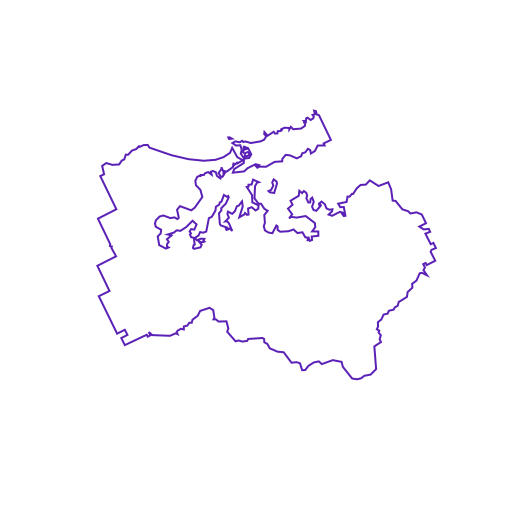 Lake Macquarie, New South Wales, Australia (orthographic projection), rotated 234°
{"feature_id": "25037944B40753124190116", "entity_name": "Lake Macquarie", "entity_type": "district", "adm_level": 2, "iso_a3": "AUS", "parent_name": "Australia", "parent_adm1": "New South Wales", "projection": "orthographic", "projection_center": [151.587, -33.038], "detail": "fine", "context": "isolated", "style": "outline", "palette": "violet", "viewbox_px": 512, "rotation_deg": 234, "n_neighbors": 0, "source": "geoboundaries", "source_scale": "gbopen_adm2", "svg_char_len": 6150}
<svg xmlns="http://www.w3.org/2000/svg" viewBox="0 0 512 512"><g transform="rotate(234 256 256)"><path d="M249.9,370.2L249.0,366.5L250.3,365.0L246.5,361.0L250.0,353.3L246.0,352.8L244.0,355.8L236.0,352.0L236.7,350.5L240.2,350.5L238.8,351.5L239.8,351.8L242.4,349.9L243.8,341.2L246.8,339.1L247.4,343.7L248.9,345.3L250.2,342.7L253.0,341.0L257.4,342.1L261.5,341.0L261.3,337.7L259.7,337.0L260.2,338.3L258.7,338.2L257.1,331.4L259.4,329.6L262.9,330.3L265.9,334.6L270.2,335.8L270.1,333.8L267.5,331.3L268.5,329.8L273.2,330.7L274.7,332.9L277.7,333.8L280.4,332.9L279.8,330.2L283.3,329.4L279.6,326.0L280.4,316.4L276.0,315.7L275.5,309.7L268.5,309.8L267.0,304.9L267.0,307.4L263.1,311.6L259.1,319.7L248.0,323.0L244.5,320.9L242.9,315.9L239.2,320.8L235.7,318.3L239.0,312.5L236.0,310.8L236.6,308.5L238.5,308.9L238.1,306.3L240.1,309.2L242.0,306.9L247.9,307.5L250.2,303.0L255.4,302.0L256.9,296.9L261.4,289.9L264.4,288.8L267.3,290.9L268.7,290.4L264.8,282.7L267.6,279.9L271.4,278.3L275.4,279.7L277.7,282.8L284.3,286.8L285.7,292.0L289.3,290.5L295.2,290.8L297.1,288.7L303.6,288.7L313.1,296.3L314.7,299.9L314.1,301.6L319.5,298.5L316.4,294.5L318.1,291.8L316.5,290.7L317.3,289.1L307.6,288.6L301.6,284.6L295.4,287.8L292.9,285.6L293.1,282.4L298.0,281.2L299.1,277.5L293.9,274.3L294.7,272.8L297.2,272.4L296.5,270.9L297.1,265.2L303.9,274.4L308.4,276.8L306.9,271.6L307.5,269.8L304.6,265.2L304.1,261.5L308.4,259.4L306.7,257.5L302.9,256.6L302.0,251.5L301.1,253.1L298.1,253.3L290.2,251.5L293.7,250.9L294.1,249.1L293.0,248.8L294.4,249.1L294.5,247.5L295.8,247.6L296.2,249.2L301.4,245.5L303.2,245.6L312.2,251.1L313.3,254.9L315.1,255.9L316.1,262.4L319.5,268.4L320.8,268.8L321.0,267.3L324.2,265.9L320.3,260.0L320.6,258.1L319.2,256.6L319.4,252.5L316.6,249.9L313.7,243.3L314.3,240.1L305.0,230.1L306.0,226.9L308.2,224.8L306.4,221.7L306.5,217.3L303.5,217.4L302.4,221.6L300.2,224.3L299.3,222.5L298.0,222.8L298.3,221.5L299.3,219.7L302.4,218.3L297.0,218.6L295.6,216.2L298.2,210.1L299.6,209.7L301.5,212.0L301.2,214.1L301.5,213.2L307.3,216.4L309.3,214.6L312.2,215.2L312.5,216.7L314.8,216.7L315.9,219.3L313.6,221.6L316.5,226.5L321.8,225.4L320.4,216.5L320.8,209.6L323.4,206.9L323.2,203.4L325.3,197.2L322.3,199.7L321.9,193.8L318.7,193.7L317.9,191.1L315.9,189.5L314.3,190.3L314.9,187.5L321.7,184.1L329.6,188.0L330.2,192.0L333.0,194.7L338.6,192.1L341.9,193.5L343.8,196.3L344.6,201.2L343.2,204.9L337.0,209.0L335.2,212.7L332.1,214.1L332.3,216.0L339.8,219.3L341.0,223.8L331.0,230.5L331.1,234.8L335.3,247.3L342.3,249.9L348.5,249.0L352.5,251.1L354.6,255.0L353.9,258.1L352.6,257.8L354.1,258.9L352.2,261.3L352.9,263.5L352.0,266.6L347.9,267.9L350.7,269.0L350.1,271.1L347.5,272.7L343.7,271.5L339.6,272.8L340.7,274.2L345.1,274.5L346.7,279.3L348.2,280.2L344.6,279.4L341.5,281.8L341.5,289.6L344.7,292.7L342.3,291.5L342.7,296.6L342.0,294.2L341.1,301.6L347.0,299.0L357.5,300.3L354.7,295.6L355.1,287.7L357.6,279.8L363.7,269.8L374.1,258.2L387.2,246.9L406.3,233.5L409.5,233.7L411.8,230.3L412.8,225.6L413.6,225.7L412.9,222.0L414.2,217.7L413.1,212.1L414.5,210.2L411.6,206.2L412.1,203.4L410.5,199.1L414.2,193.3L419.2,189.5L419.3,184.5L411.4,181.1L412.2,177.0L375.9,170.5L379.1,150.1L351.2,145.0L350.0,143.7L348.4,144.9L347.6,143.8L338.0,142.6L341.3,121.9L313.8,116.9L315.9,105.2L274.8,98.0L273.4,106.5L267.7,105.6L268.8,98.8L261.0,97.5L256.5,121.3L254.4,121.0L253.9,124.0L257.5,124.5L252.9,125.7L242.0,139.5L240.6,145.7L239.0,146.6L241.0,147.0L241.7,148.9L241.2,152.5L239.0,154.4L241.4,156.2L240.1,159.5L241.2,162.8L239.8,164.8L241.8,167.2L241.9,173.8L244.4,178.5L241.4,187.9L237.4,189.6L230.6,186.1L229.7,184.4L228.4,186.2L225.0,187.2L220.5,193.7L213.6,191.0L211.7,188.2L199.0,189.3L198.0,192.1L194.7,194.8L192.5,199.0L193.5,200.9L185.8,213.1L184.1,213.8L181.3,212.0L178.3,213.5L173.2,212.9L165.9,217.2L161.9,221.8L148.8,222.0L146.2,226.5L143.3,228.5L136.5,226.2L134.8,228.8L136.3,233.7L135.9,240.3L133.8,244.9L129.9,245.7L126.6,256.9L120.1,263.0L115.2,261.1L100.3,261.8L96.8,265.4L95.3,269.1L95.4,273.3L92.7,279.0L93.9,286.7L113.3,298.6L112.9,306.5L116.1,307.2L118.5,310.4L122.1,310.2L123.1,311.8L125.7,310.7L127.1,313.2L130.8,315.7L131.0,320.1L133.6,324.8L132.0,328.6L133.6,331.3L131.7,335.9L132.8,337.9L132.5,341.5L134.9,344.4L134.2,354.1L137.7,357.5L138.5,364.0L141.7,365.9L141.8,371.4L145.8,378.3L144.8,380.4L139.8,383.0L146.1,383.2L147.4,385.9L151.1,386.5L150.7,389.1L148.3,388.7L146.8,398.2L156.8,399.8L157.8,401.6L156.7,406.2L162.3,407.2L162.8,404.3L174.5,406.2L173.2,411.1L176.4,411.7L178.9,407.3L183.8,405.4L182.6,412.8L192.1,414.5L197.0,411.5L199.6,405.9L202.8,405.4L207.8,401.8L218.5,401.3L220.5,399.1L230.5,404.5L237.9,406.3L240.6,396.3L250.3,392.5L249.2,386.8L252.0,382.4L251.5,377.2L249.1,371.0L249.9,370.2ZM332.9,389.7L334.9,388.3L338.0,389.6L339.4,388.4L336.0,387.1L336.9,384.7L334.8,384.7L333.7,383.2L333.9,380.2L337.6,379.0L337.9,377.6L336.0,375.9L337.1,374.2L335.5,374.5L336.4,372.9L334.6,374.1L332.5,372.0L332.6,367.4L336.7,360.6L340.0,360.1L338.8,357.3L340.0,358.1L342.9,354.7L343.5,352.3L342.2,349.9L344.1,351.8L342.7,349.2L344.2,347.0L342.6,345.3L343.9,343.3L346.1,343.3L346.5,336.1L351.3,335.7L349.8,334.3L346.9,334.8L345.3,330.9L346.1,327.0L350.4,318.3L354.9,314.7L355.7,312.7L357.3,312.6L357.6,309.6L360.9,306.6L361.2,303.3L357.1,304.8L354.8,308.4L350.2,306.9L347.9,303.9L342.1,303.6L344.0,306.5L342.5,306.4L341.7,308.5L342.9,311.3L345.0,310.3L345.7,306.9L348.0,306.4L349.1,306.5L348.2,307.5L349.4,309.1L351.3,309.6L348.8,309.4L348.0,311.7L352.3,310.0L347.9,313.0L341.0,311.9L339.3,308.1L341.8,303.5L338.4,300.7L339.1,289.4L337.0,286.3L331.4,296.2L332.0,300.8L330.5,309.7L327.7,311.9L327.3,309.6L328.4,308.8L326.6,309.0L326.3,311.3L322.3,316.6L321.2,326.4L317.2,332.8L319.0,334.3L320.4,339.4L317.5,342.6L311.0,346.4L310.2,351.2L311.9,353.7L310.9,356.8L312.2,361.0L309.8,362.1L306.7,360.7L306.3,365.2L309.1,370.8L305.1,376.5L307.3,376.9L305.9,384.8L332.9,389.7ZM307.6,315.3L305.9,312.3L302.8,311.4L300.6,307.1L301.2,304.3L299.4,304.6L296.3,307.8L302.3,315.6L304.2,316.4L307.6,315.3ZM339.9,275.5L340.7,275.1L340.0,275.2L339.8,275.6L341.4,279.5L343.0,279.0L340.6,277.3L339.9,275.5ZM368.2,303.3L366.4,303.0L365.1,305.5L367.6,304.3L368.2,303.3Z" fill="none" stroke="#5b21b6" stroke-width="2"/></g></svg>